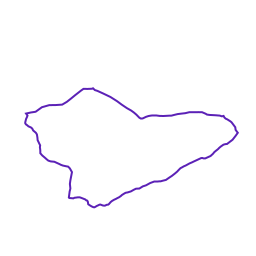 outline of Bartsham, Tashigang, Bhutan, rotated 55°
{"feature_id": "84629894B93354039766562", "entity_name": "Bartsham", "entity_type": "district", "adm_level": 2, "iso_a3": "BTN", "parent_name": "Bhutan", "parent_adm1": "Tashigang", "projection": "equal_earth", "projection_center": [91.601, 27.382], "detail": "fine", "context": "isolated", "style": "outline", "palette": "violet", "viewbox_px": 256, "rotation_deg": 55, "n_neighbors": 0, "source": "geoboundaries", "source_scale": "gbopen_adm2", "svg_char_len": 2590}
<svg xmlns="http://www.w3.org/2000/svg" viewBox="0 0 256 256"><g transform="rotate(55 128 128)"><path d="M194.9,40.8L192.5,40.9L191.2,40.9L188.9,39.7L185.4,39.8L182.7,39.9L181.3,40.3L177.9,41.7L176.4,42.6L174.7,43.0L172.9,42.8L172.3,44.4L170.5,45.7L168.0,48.7L164.0,53.8L162.3,55.6L160.9,56.2L157.5,58.3L155.3,61.4L152.2,65.9L150.2,68.8L148.7,72.6L146.9,75.9L145.1,79.3L143.8,82.6L142.8,85.3L141.4,87.4L138.5,92.1L136.2,95.2L133.9,97.7L131.3,101.5L130.0,104.2L129.2,106.8L128.6,110.5L128.1,111.3L127.7,112.0L126.1,112.8L121.8,113.5L118.7,114.3L115.5,115.4L111.1,117.5L105.1,119.8L99.7,121.6L92.5,124.6L85.4,128.6L80.0,131.8L77.9,133.4L75.4,133.9L75.3,134.8L72.8,138.7L70.4,142.0L70.4,144.8L70.8,152.5L71.2,157.8L71.5,163.1L71.1,168.5L67.7,174.1L64.1,179.4L62.3,184.6L61.6,186.6L61.7,194.3L61.3,195.2L59.6,198.6L57.7,203.2L60.2,203.2L61.1,204.5L62.2,206.4L64.5,209.0L65.3,209.5L66.6,209.5L67.3,209.2L68.3,208.9L69.6,208.6L70.5,208.0L72.3,207.0L73.9,206.8L75.6,207.1L77.9,206.5L79.0,206.2L81.0,206.3L84.1,207.8L86.1,209.0L88.6,209.4L89.7,209.6L91.8,209.9L93.2,211.2L94.6,211.9L96.2,212.8L98.4,214.3L99.4,214.2L101.3,214.0L104.7,213.1L106.9,212.6L109.0,212.0L111.0,210.5L113.4,207.7L118.3,204.8L119.5,204.2L121.4,202.9L122.7,201.7L124.1,200.4L125.3,199.2L127.7,198.8L132.0,199.2L138.0,205.4L140.5,207.7L144.5,209.9L146.7,212.4L147.3,212.9L151.0,216.3L151.7,216.2L154.3,213.1L154.4,212.0L155.5,209.9L156.1,208.7L157.1,207.3L158.5,206.3L160.0,205.3L162.0,204.0L163.3,203.7L164.0,203.1L165.0,203.1L165.6,203.3L166.8,203.9L167.7,204.3L169.7,203.5L171.3,202.8L173.0,201.8L173.7,201.0L173.9,199.8L173.9,198.5L174.1,197.6L174.3,196.3L174.5,195.2L174.9,194.5L177.1,193.0L178.0,192.0L178.4,191.3L178.7,189.5L179.4,188.2L179.4,187.4L178.7,184.6L178.6,182.9L178.8,180.4L179.0,179.4L179.2,178.2L179.3,177.0L179.6,175.1L179.6,174.0L179.6,172.7L179.4,171.6L179.5,169.4L179.6,167.9L179.8,166.8L180.5,165.4L181.6,162.0L181.9,158.8L182.3,156.3L184.1,153.4L184.3,149.4L185.3,146.1L185.8,141.4L186.7,138.0L186.9,137.2L188.9,134.3L189.5,133.2L190.4,131.8L191.1,129.8L192.3,126.7L192.3,123.0L192.4,119.6L192.2,115.7L192.0,113.6L191.9,112.5L191.7,111.8L191.2,109.2L191.0,107.9L191.2,106.7L191.3,105.4L191.4,104.4L191.5,103.7L191.8,102.5L192.2,98.9L192.3,97.9L192.9,95.1L193.1,93.7L194.6,85.3L195.2,84.3L196.3,83.5L197.2,82.2L198.3,76.4L198.1,75.2L198.0,74.1L197.8,72.9L197.3,71.3L197.1,69.3L197.0,67.4L196.9,66.1L196.6,64.8L196.5,63.6L196.4,62.6L196.4,60.5L196.4,59.6L196.6,58.7L196.9,58.0L197.2,57.2L197.9,56.0L197.8,54.3L197.6,49.1L196.2,44.5L194.9,40.8Z" fill="none" stroke="#5b21b6" stroke-width="2"/></g></svg>